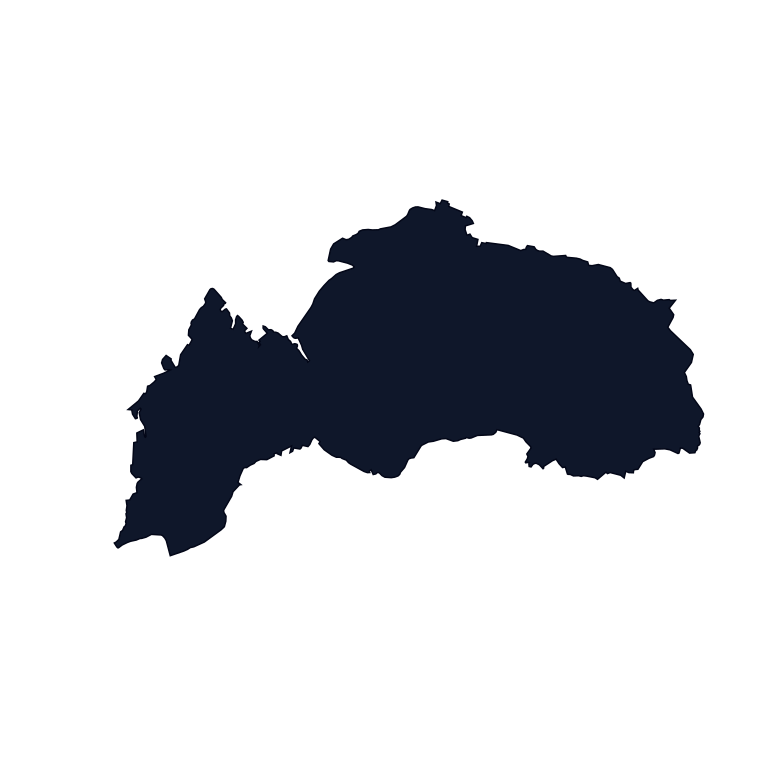 the district of Bereni, Mures, Romania, rotated 73°
{"feature_id": "2599482B23493570355811", "entity_name": "Bereni", "entity_type": "district", "adm_level": 2, "iso_a3": "ROU", "parent_name": "Romania", "parent_adm1": "Mures", "projection": "orthographic", "projection_center": [24.864, 46.565], "detail": "fine", "context": "isolated", "style": "filled", "palette": "ink", "viewbox_px": 768, "rotation_deg": 73, "n_neighbors": 0, "source": "geoboundaries", "source_scale": "gbopen_adm2", "svg_char_len": 6123}
<svg xmlns="http://www.w3.org/2000/svg" viewBox="0 0 768 768"><g transform="rotate(73 384 384)"><path d="M457.2,688.4L461.8,687.1L462.9,686.4L463.0,685.8L461.4,681.4L460.5,675.8L460.3,672.3L460.8,666.5L460.4,662.6L460.8,660.8L460.9,656.4L459.8,650.4L463.2,641.3L464.1,640.2L467.1,638.7L470.2,638.0L485.7,638.6L485.2,624.1L484.7,620.2L483.8,617.1L484.1,613.5L482.6,602.0L475.8,582.4L473.8,578.4L469.0,575.4L464.2,573.7L459.9,574.7L457.7,574.2L446.8,562.5L442.9,559.9L438.2,551.7L438.4,550.3L435.4,552.4L429.7,548.6L423.5,543.2L423.2,541.5L423.8,539.8L422.5,535.6L422.0,531.5L420.6,529.1L420.0,524.2L422.1,518.2L420.6,510.1L418.6,509.5L418.5,506.6L419.4,506.6L422.1,503.4L418.1,501.5L416.2,490.5L422.2,494.0L421.6,491.1L418.8,489.0L421.6,483.4L421.1,482.2L418.8,480.0L421.6,475.0L420.1,472.6L416.4,469.4L415.0,467.5L414.6,465.7L420.4,461.9L422.0,463.7L429.4,460.4L436.9,454.6L440.1,451.0L441.4,447.0L442.9,445.9L445.8,442.3L448.9,440.9L450.9,439.3L461.8,428.7L463.9,425.8L464.5,423.5L462.8,423.4L462.2,421.4L467.4,420.8L467.6,418.1L466.7,416.7L467.3,414.6L471.0,412.7L473.4,410.4L475.7,404.4L476.2,400.9L476.0,397.4L475.0,395.4L473.2,394.0L469.9,388.8L463.6,383.3L462.8,381.9L462.7,379.9L463.2,377.0L454.2,366.8L453.6,365.5L452.4,358.6L453.2,353.5L453.3,344.9L454.3,340.7L459.0,334.5L459.8,329.9L459.4,327.1L459.7,321.8L459.2,320.9L460.7,318.5L461.1,316.5L460.5,309.7L464.0,296.2L464.1,294.2L462.9,291.3L460.7,289.3L471.7,271.7L476.5,266.5L480.7,265.2L486.7,262.1L488.2,262.1L492.7,267.9L495.5,267.5L497.5,268.9L500.0,271.7L500.8,271.5L501.3,268.2L501.8,267.9L502.7,268.8L505.3,269.3L506.3,267.6L504.4,265.1L504.0,263.0L504.3,261.6L506.7,259.0L511.5,256.7L511.0,255.8L509.6,255.6L506.6,245.3L506.2,241.4L511.4,239.9L516.1,237.7L516.4,234.9L523.7,234.9L524.2,234.4L524.9,232.3L527.3,229.7L528.6,224.7L530.0,222.4L530.0,220.1L531.3,217.2L535.4,209.5L537.6,207.7L533.2,197.5L535.0,196.5L534.8,193.6L540.5,184.3L544.1,181.8L538.1,178.3L540.3,175.8L541.8,171.5L539.9,170.7L539.1,169.7L539.8,166.1L533.9,159.3L532.5,152.3L532.2,147.4L531.1,146.1L528.8,144.8L525.2,145.2L528.1,134.4L530.6,129.7L536.4,123.2L536.3,122.1L531.9,119.3L532.8,117.1L539.4,112.0L540.6,106.8L538.8,105.3L538.5,104.2L537.1,103.0L534.8,102.2L534.6,100.7L533.7,99.5L532.6,98.8L525.8,98.3L523.9,96.4L522.3,96.8L521.7,95.8L520.3,96.0L518.3,95.3L516.4,95.9L515.0,94.1L510.7,91.4L508.8,88.6L506.1,87.2L500.6,88.1L486.7,92.8L474.9,91.1L474.5,91.1L473.2,93.1L469.3,93.3L465.2,92.7L460.8,93.4L453.3,83.7L446.1,79.6L440.8,81.0L416.8,94.5L412.7,96.0L404.9,88.1L402.4,86.7L394.9,89.1L389.1,80.7L387.8,85.8L386.7,86.6L385.5,92.3L384.1,94.3L383.9,98.1L385.3,102.3L383.0,106.0L381.6,107.3L368.5,113.5L366.7,113.4L367.7,116.9L367.4,117.8L366.1,118.5L363.7,119.5L359.7,118.5L359.0,119.0L358.5,123.6L354.7,128.0L351.5,128.1L349.5,129.7L341.2,132.0L338.9,133.6L332.4,144.1L331.7,150.4L330.6,153.1L329.9,153.6L326.8,153.5L324.0,157.7L321.8,160.0L319.9,163.3L316.5,171.6L315.8,172.5L314.2,172.7L311.5,184.6L310.5,186.6L303.4,193.1L302.5,196.3L301.3,198.1L299.8,199.4L296.7,200.3L293.6,206.4L294.9,208.0L296.7,209.1L296.2,211.1L296.4,214.2L287.8,224.7L278.7,244.8L279.5,245.4L277.4,249.2L280.4,251.7L279.4,255.2L273.2,251.9L269.8,256.9L265.8,258.0L266.0,260.5L265.6,261.2L260.0,261.3L256.6,259.9L256.6,251.6L253.8,251.9L250.0,253.5L247.8,255.8L248.9,256.9L245.5,261.0L242.5,258.8L233.1,270.2L230.9,269.0L229.7,270.4L228.3,269.7L225.1,274.7L228.0,277.5L225.2,281.1L228.6,281.6L233.0,284.9L231.1,287.4L228.3,293.5L224.6,299.6L223.9,302.2L224.0,305.2L224.7,308.0L225.4,308.9L228.9,311.8L230.2,313.4L235.0,326.7L235.8,331.4L234.6,342.1L234.9,344.2L233.3,350.0L231.6,354.0L230.4,359.4L230.7,363.0L232.4,364.8L233.0,367.0L233.3,370.6L234.4,372.1L235.3,375.5L234.9,378.1L232.5,381.0L235.3,391.2L239.4,395.6L249.6,401.3L250.7,400.9L252.5,396.5L252.1,393.6L252.9,391.5L257.8,383.5L261.1,379.4L263.2,378.3L264.2,379.5L264.6,394.0L265.3,397.7L267.8,403.2L268.8,406.3L272.3,412.5L276.3,418.7L282.2,425.5L286.7,428.7L289.5,431.5L303.6,449.4L309.2,454.5L311.0,457.9L313.2,456.9L314.3,455.6L314.9,452.6L322.9,451.5L327.1,451.6L339.9,448.4L340.8,450.5L338.5,450.6L337.3,452.2L332.3,454.3L327.3,455.6L324.3,457.2L322.4,455.7L321.2,455.4L320.5,455.7L319.4,457.5L319.3,460.1L318.8,460.6L315.9,460.9L313.5,462.5L309.5,462.9L309.7,465.6L308.9,467.5L304.3,470.4L302.9,472.3L302.1,474.4L300.4,474.8L299.0,476.2L298.4,478.7L294.6,480.7L293.2,482.6L295.2,483.3L296.2,483.1L301.4,480.8L305.5,490.7L306.9,490.0L307.6,491.3L310.5,490.6L311.8,492.9L310.4,492.2L306.2,492.9L305.5,495.0L303.3,497.4L301.4,498.2L298.7,498.3L294.7,495.3L295.2,501.2L294.9,501.5L292.4,501.9L290.7,498.8L285.3,501.7L283.8,500.6L281.3,501.1L276.7,503.3L275.7,504.1L276.5,505.3L279.3,507.2L283.0,508.3L287.6,512.3L285.8,514.5L279.2,510.5L276.1,510.7L273.7,511.6L270.9,511.0L266.1,512.7L266.0,513.8L267.5,517.5L267.0,518.5L265.0,519.0L263.7,517.8L262.0,514.5L260.5,513.5L260.5,512.3L260.0,511.7L255.9,514.0L253.6,514.3L243.7,518.8L242.6,519.9L242.3,521.5L242.8,522.8L250.1,530.6L253.7,530.5L255.1,531.6L256.9,534.0L257.6,536.4L258.9,538.6L266.4,546.2L266.8,548.4L268.4,550.2L269.9,550.9L271.1,550.8L275.1,554.8L280.2,556.8L284.8,554.6L285.8,554.8L290.0,559.1L288.9,560.4L296.5,569.9L306.3,574.9L307.1,576.8L307.3,578.2L306.8,578.9L299.0,580.8L297.8,580.2L293.0,584.0L295.8,588.6L298.8,590.5L305.0,590.0L306.5,589.3L307.4,585.3L308.1,584.1L309.3,591.8L309.8,601.2L313.2,600.5L314.9,603.3L317.0,608.3L317.0,610.7L321.9,613.1L323.4,614.6L323.6,615.1L322.7,616.4L328.4,623.7L333.6,636.2L335.0,632.8L339.3,633.3L344.5,631.9L344.6,630.2L343.9,629.7L342.7,629.8L337.5,627.6L335.9,624.2L336.4,623.8L337.2,623.8L339.8,626.5L346.9,627.2L354.5,625.2L364.6,626.9L365.2,627.7L364.5,628.3L357.5,627.6L358.6,634.7L367.2,637.0L366.9,640.4L387.7,647.9L387.7,649.8L393.8,651.7L395.9,651.3L401.3,648.6L401.1,646.3L402.3,644.3L403.9,643.4L405.8,647.8L406.9,649.1L410.4,651.0L415.7,652.0L415.9,656.1L420.6,661.1L419.9,664.6L425.3,665.4L429.5,667.4L431.7,667.6L432.7,668.7L436.6,669.2L440.1,671.4L442.3,671.5L444.3,673.2L444.6,674.3L447.6,676.8L448.4,679.1L455.1,683.0L456.8,686.3L457.2,688.4Z" fill="#0f172a" stroke="#020617" stroke-width="1.5"/></g></svg>